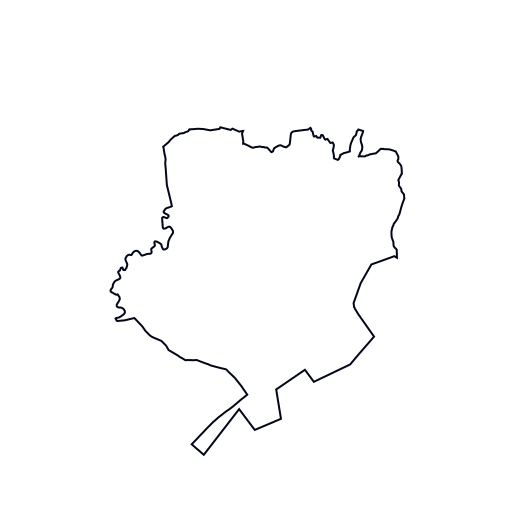 Rites pag., Viesites, Latvia (Albers equal-area conic projection), rotated 318°
{"feature_id": "27541924B10670366304681", "entity_name": "Rites pag.", "entity_type": "district", "adm_level": 2, "iso_a3": "LVA", "parent_name": "Latvia", "parent_adm1": "Viesites", "projection": "albers", "projection_center": [25.488, 56.197], "detail": "fine", "context": "isolated", "style": "outline", "palette": "ink", "viewbox_px": 512, "rotation_deg": 318, "n_neighbors": 0, "source": "geoboundaries", "source_scale": "gbopen_adm2", "svg_char_len": 6145}
<svg xmlns="http://www.w3.org/2000/svg" viewBox="0 0 512 512"><g transform="rotate(318 256 256)"><path d="M359.6,351.6L364.7,345.6L364.9,344.8L364.7,342.6L364.9,340.9L365.3,340.2L367.4,337.6L367.8,336.9L367.9,336.6L368.1,335.9L369.1,333.5L369.4,332.9L369.7,332.4L371.4,330.3L373.1,328.4L376.4,326.0L378.8,325.0L380.1,324.2L381.5,324.0L385.3,323.2L386.4,322.8L387.2,322.4L387.9,322.0L388.1,321.7L390.1,321.1L391.3,320.4L396.7,316.9L400.3,314.8L404.6,312.6L407.2,309.2L407.3,306.2L407.5,305.2L408.9,303.2L409.2,300.0L409.6,298.9L411.6,297.0L412.6,294.8L418.9,292.5L419.4,292.3L419.6,292.4L420.0,291.7L421.1,290.5L423.6,287.3L424.3,285.7L424.4,285.1L424.5,283.7L424.4,281.8L424.4,281.1L424.5,280.7L424.7,280.3L424.9,280.0L425.3,279.7L426.6,279.2L427.0,278.8L428.2,277.5L428.4,277.1L429.3,273.7L429.8,272.1L428.6,269.5L426.9,266.7L426.3,265.8L425.8,265.3L423.5,263.1L422.7,262.3L422.4,261.9L421.8,261.3L421.9,261.2L420.8,260.2L420.4,259.8L419.7,259.8L417.8,259.9L414.2,259.9L413.5,259.8L411.6,258.4L410.1,257.7L409.4,257.0L406.3,255.9L405.8,255.5L405.3,255.2L403.7,254.9L403.4,254.7L402.4,253.7L400.9,252.4L400.0,251.2L399.6,250.9L398.9,250.8L398.9,250.7L399.9,250.4L402.7,249.0L405.2,248.4L408.0,246.2L409.3,243.8L409.9,242.3L410.8,240.7L411.8,239.3L412.9,238.4L414.1,237.7L418.1,235.7L419.2,234.8L418.9,234.2L416.7,230.5L415.6,230.8L414.3,230.8L411.5,232.9L410.2,233.1L409.1,233.0L407.8,233.1L402.6,235.5L400.5,236.7L397.1,239.5L395.7,241.1L391.5,239.1L390.4,238.4L386.2,237.3L385.5,238.1L382.3,239.4L381.1,239.3L379.3,235.6L379.8,234.9L380.8,233.9L382.1,231.9L383.6,229.1L387.0,226.7L387.8,226.0L388.4,225.2L388.9,223.0L386.9,221.7L387.4,216.8L385.4,215.9L385.4,214.5L385.7,213.6L386.4,210.8L385.5,209.8L382.9,211.1L380.8,209.1L381.0,207.1L379.9,206.6L379.0,205.8L379.6,204.5L381.3,201.4L381.1,200.3L381.1,199.6L382.0,198.5L382.2,197.6L382.2,197.2L379.4,196.9L368.8,189.5L366.6,188.2L365.3,188.1L364.4,188.2L363.2,189.0L356.8,194.7L355.4,195.7L353.5,195.6L351.4,195.5L350.8,195.0L349.4,192.7L349.1,191.6L348.5,190.5L348.2,190.0L347.4,189.5L345.8,188.8L345.6,188.9L345.2,188.9L344.2,188.5L341.8,188.1L341.4,188.1L338.6,189.6L337.1,189.3L336.9,188.8L336.9,184.5L336.9,183.2L336.5,182.5L335.3,181.4L334.9,180.9L334.8,180.2L333.5,179.3L332.3,177.3L330.7,176.3L328.2,174.5L328.0,174.4L327.1,174.1L326.5,173.7L325.9,173.1L325.7,172.9L325.1,171.7L324.9,171.2L325.0,171.1L322.9,166.0L322.0,164.1L321.6,163.9L322.1,163.3L323.0,162.6L323.7,161.7L327.1,156.3L327.6,155.7L328.2,155.3L330.1,154.4L329.7,154.1L326.7,152.3L323.7,145.6L321.6,145.4L315.6,136.5L313.9,137.1L306.1,132.0L301.8,126.4L298.0,122.6L293.8,119.4L292.6,118.3L292.0,118.2L291.3,117.3L290.2,117.7L289.2,117.9L286.8,116.9L284.3,116.2L282.1,114.6L280.7,113.8L280.4,113.7L279.5,113.9L277.5,113.3L275.9,112.4L275.3,112.4L274.5,112.4L270.4,112.4L268.5,112.7L267.1,112.9L263.3,112.8L260.1,112.7L259.6,113.9L256.0,119.4L255.6,120.4L255.3,120.9L253.5,123.7L250.7,126.2L247.4,130.6L240.6,139.3L237.2,143.7L229.0,158.9L226.8,162.7L225.7,162.4L223.5,161.5L221.7,160.6L220.2,160.4L217.4,161.1L216.9,161.4L216.7,161.9L216.6,162.6L216.7,162.9L218.1,166.6L218.1,167.2L218.0,167.6L217.8,167.9L217.3,168.2L215.7,168.4L215.2,168.3L214.9,168.0L214.7,167.7L213.5,165.2L213.1,164.9L211.9,164.8L211.4,165.2L206.0,172.2L205.6,173.0L205.6,173.6L205.7,173.9L206.6,174.6L207.5,175.0L208.3,175.1L210.5,175.7L211.0,176.0L211.6,176.7L211.7,177.2L211.5,179.6L211.2,181.3L210.7,182.3L209.9,183.2L209.2,183.5L207.4,183.9L203.6,185.1L202.1,185.9L200.8,186.4L196.2,190.4L195.0,190.7L193.2,190.4L191.7,189.4L191.5,188.7L191.8,187.3L192.3,185.8L193.3,184.2L193.4,183.7L193.0,182.0L191.8,178.7L190.8,177.6L190.5,177.6L189.8,177.7L189.3,178.2L188.2,180.2L187.5,180.7L186.8,180.8L184.6,180.6L183.1,180.6L182.5,181.0L181.9,182.0L181.1,183.2L180.4,183.7L179.7,183.8L179.1,183.7L177.0,182.0L176.1,181.5L172.1,179.8L171.5,179.3L171.3,179.0L171.6,175.7L171.6,174.9L171.5,173.8L171.2,172.9L170.7,172.2L169.8,171.5L168.4,171.1L167.4,171.1L165.7,171.4L165.1,171.7L164.3,171.9L163.8,171.7L162.6,170.2L162.0,169.9L161.5,169.7L160.8,169.6L159.8,169.6L159.0,169.9L157.9,170.2L157.3,170.5L156.6,171.3L156.2,172.1L155.3,174.7L155.1,175.5L154.7,176.2L153.4,177.1L152.6,177.7L151.6,178.2L151.1,178.2L149.3,178.8L149.0,178.5L148.6,178.3L148.1,177.5L148.2,177.2L148.8,175.9L149.0,175.2L148.7,174.9L148.3,174.7L147.5,174.5L147.1,174.7L146.2,175.1L145.7,175.5L145.1,175.7L143.7,175.4L143.1,175.5L142.7,176.0L142.4,176.6L141.8,179.0L141.5,179.9L140.8,181.2L140.2,181.6L139.7,181.7L138.0,181.4L137.1,181.0L135.4,180.5L134.5,180.4L133.2,180.6L130.7,181.4L130.3,181.7L129.0,182.9L128.4,183.3L127.7,183.5L126.8,183.6L126.2,183.7L125.1,184.1L124.7,184.4L124.4,184.8L124.3,185.5L124.3,186.0L125.1,187.9L125.3,188.9L125.7,190.0L126.1,191.1L126.4,191.4L126.7,191.6L127.4,191.8L127.5,192.1L127.4,192.9L127.2,193.4L127.2,194.1L127.0,195.3L126.5,196.1L126.1,196.7L125.4,197.2L123.6,197.9L120.1,198.9L119.7,199.2L119.1,199.9L118.9,200.4L118.9,200.7L118.9,201.1L119.0,201.4L119.3,202.0L119.7,202.6L121.1,203.9L121.6,204.9L121.9,205.6L122.1,207.1L121.8,208.7L121.6,209.2L120.9,210.1L120.1,210.6L119.4,210.8L117.7,210.8L113.7,210.2L112.5,209.7L111.9,209.3L111.4,209.1L110.7,208.6L109.8,208.5L109.7,209.0L109.2,210.7L109.3,211.4L115.3,215.9L124.1,220.7L124.4,232.1L123.7,237.6L124.0,244.0L124.2,245.1L124.9,247.3L125.9,249.5L127.3,252.4L128.9,255.9L129.2,262.4L128.2,267.2L128.1,267.4L131.4,277.8L131.8,280.2L132.1,280.8L133.1,283.8L133.8,286.2L135.5,287.5L139.7,291.5L142.4,293.7L144.0,297.0L146.9,302.5L147.8,304.0L149.1,307.0L153.5,313.8L157.3,319.3L158.0,320.5L158.1,324.2L158.2,325.4L158.7,332.1L158.6,334.7L158.0,343.9L157.8,344.8L157.7,345.7L156.7,353.2L148.6,352.7L138.2,352.4L133.1,352.0L130.0,351.5L120.2,350.8L115.6,350.8L113.1,350.7L104.1,351.2L99.7,351.6L95.2,351.9L90.7,352.3L82.2,352.9L83.0,359.5L83.1,360.5L83.3,361.6L83.7,364.9L84.2,368.8L141.0,358.5L138.7,384.4L165.6,393.7L181.7,368.7L216.2,373.3L214.8,388.2L253.4,399.6L266.3,397.8L289.8,394.9L293.1,367.4L294.0,362.7L294.1,361.5L294.6,360.6L294.7,360.1L294.7,359.7L297.0,356.3L315.7,346.2L336.1,339.5L356.9,348.0L358.6,348.6L359.6,351.6Z" fill="none" stroke="#020617" stroke-width="2"/></g></svg>